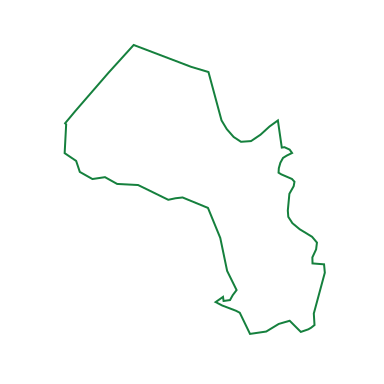 the border of Swansea, rotated 262°
{"feature_id": "GBR-2119", "entity_name": "Swansea", "entity_type": "Unitary Authority (wales)", "adm_level": 1, "iso_a3": "GBR", "parent_name": "United Kingdom", "parent_adm1": "", "projection": "albers", "projection_center": [-4.095, 51.653], "detail": "fine", "context": "isolated", "style": "outline", "palette": "green", "viewbox_px": 384, "rotation_deg": 262, "n_neighbors": 0, "source": "natural_earth", "source_scale": "10m", "svg_char_len": 1016}
<svg xmlns="http://www.w3.org/2000/svg" viewBox="0 0 384 384"><g transform="rotate(262 192 192)"><path d="M308.5,225.0L258.8,231.2L249.4,235.2L240.7,240.9L234.9,247.5L234.2,257.5L239.2,267.8L246.1,277.9L250.9,287.0L223.5,287.1L223.5,289.8L220.4,294.6L216.7,296.5L214.9,291.0L213.1,286.9L208.7,283.6L203.5,281.3L199.1,280.4L197.1,282.8L191.0,292.8L187.9,294.9L183.6,293.5L176.7,288.2L160.3,284.3L154.0,283.9L147.1,287.1L140.1,293.5L130.9,304.7L124.5,308.7L117.9,306.9L110.5,302.1L104.5,301.4L102.0,312.7L93.6,312.3L54.7,295.7L43.2,294.8L41.0,291.0L39.8,288.0L38.3,280.3L50.9,270.8L49.3,259.6L43.5,246.1L43.4,229.7L65.8,222.5L68.3,219.0L75.4,206.1L79.7,200.1L83.8,208.1L79.7,208.1L79.7,214.6L84.2,218.0L88.7,222.5L109.0,215.8L142.6,213.6L174.0,205.6L187.9,181.9L188.1,174.8L187.7,169.2L187.6,167.4L206.4,139.6L210.4,119.0L218.8,107.9L218.7,95.2L227.5,83.7L238.9,81.6L248.2,71.3L276.5,76.8L277.7,75.9L288.4,87.7L321.8,126.0L345.7,154.7L316.1,208.5L308.5,225.0Z" fill="none" stroke="#15803d" stroke-width="2"/></g></svg>